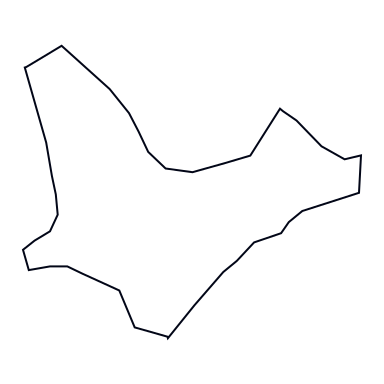 the district of Seongbuk-gu, Seoul, South Korea
{"feature_id": "91817680B19736947579274", "entity_name": "Seongbuk-gu", "entity_type": "district", "adm_level": 2, "iso_a3": "KOR", "parent_name": "South Korea", "parent_adm1": "Seoul", "projection": "robinson", "projection_center": [127.018, 37.597], "detail": "fine", "context": "isolated", "style": "outline", "palette": "ink", "viewbox_px": 384, "rotation_deg": 0, "n_neighbors": 0, "source": "geoboundaries", "source_scale": "gbopen_adm2", "svg_char_len": 599}
<svg xmlns="http://www.w3.org/2000/svg" viewBox="0 0 384 384"><path d="M26.3,67.0L24.8,67.5L46.2,142.6L51.9,175.9L55.8,194.4L57.7,214.7L50.0,231.3L34.6,240.6L23.0,249.8L28.8,270.1L50.0,266.4L67.3,266.4L82.7,273.8L119.3,290.5L134.7,327.4L167.5,336.7L167.9,338.2L194.4,305.3L223.3,272.0L236.8,260.9L254.1,242.4L281.1,233.2L288.8,222.1L302.3,211.0L359.0,192.8L361.0,155.4L344.6,159.3L321.5,146.3L296.5,120.5L283.0,111.2L280.0,108.7L250.3,155.6L225.3,163.0L192.5,172.2L165.6,168.5L148.2,151.9L138.6,131.6L129.0,113.1L109.7,89.1L61.6,45.8L26.3,67.0Z" fill="none" stroke="#020617" stroke-width="2"/></svg>